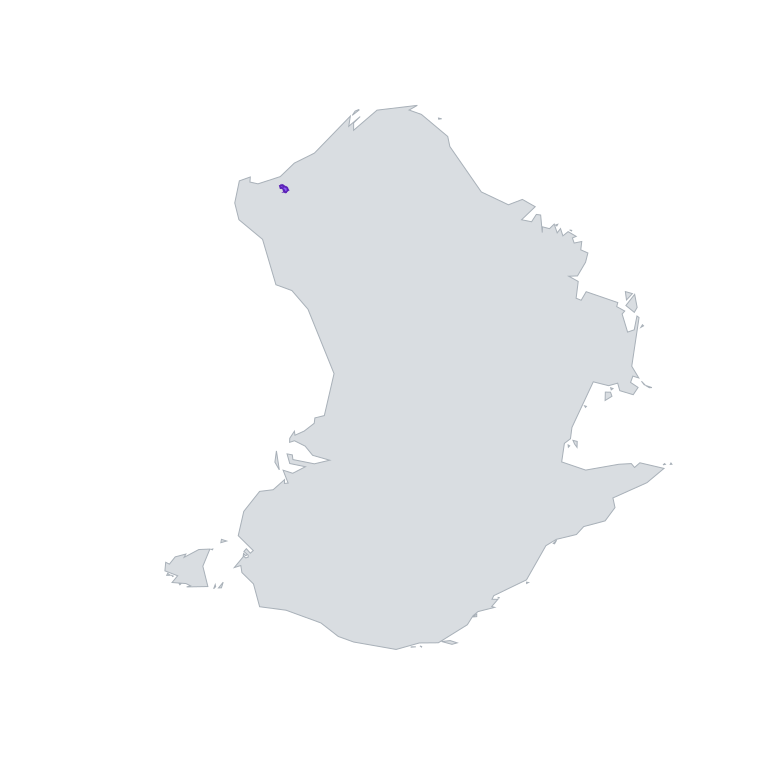 location of Northam, Western Australia, Australia, rotated 72°
{"feature_id": "25037944B49536287471778", "entity_name": "Northam", "entity_type": "district", "adm_level": 2, "iso_a3": "AUS", "parent_name": "Australia", "parent_adm1": "Western Australia", "projection": "orthographic", "projection_center": [116.616, -31.699], "detail": "medium", "context": "in_parent", "style": "filled", "palette": "violet", "viewbox_px": 768, "rotation_deg": 72, "n_neighbors": 0, "source": "geoboundaries", "source_scale": "gbopen_adm2", "svg_char_len": 4970}
<svg xmlns="http://www.w3.org/2000/svg" viewBox="0 0 768 768"><g transform="rotate(72 384 384)"><path d="M559.1,164.4L563.1,201.5L572.9,202.5L582.5,216.0L581.3,238.1L586.6,247.5L585.0,268.1L587.8,280.0L614.3,309.0L619.2,345.0L622.1,347.8L624.0,342.3L628.9,350.3L630.6,347.8L629.5,365.0L632.0,371.1L638.7,379.1L646.9,412.3L641.2,430.4L640.2,454.5L620.0,492.6L610.0,505.5L591.8,517.8L568.9,547.0L557.4,571.1L533.8,569.9L519.4,577.4L512.4,576.3L512.3,583.1L504.5,570.8L506.7,569.2L506.7,566.7L504.8,566.1L500.0,569.0L498.1,565.8L503.6,563.4L502.0,559.8L483.2,569.5L461.8,556.7L447.7,535.5L450.3,522.1L444.2,508.1L447.8,509.4L448.6,505.8L434.8,506.6L440.7,498.4L438.4,484.3L430.5,498.2L420.5,497.8L423.1,493.1L427.7,494.0L438.4,474.9L439.7,459.2L429.8,473.9L418.7,478.2L410.3,486.7L410.3,491.8L406.5,490.4L401.2,483.8L405.2,484.5L404.1,474.4L399.8,462.5L394.9,460.2L395.6,450.5L358.7,428.3L289.4,433.2L266.7,442.7L256.2,456.1L208.9,454.8L182.9,471.2L165.7,470.0L146.1,458.8L145.8,447.2L150.5,449.1L154.7,442.0L154.7,418.6L146.2,401.0L142.9,378.8L118.8,333.2L128.0,337.9L122.3,324.0L126.3,332.2L133.3,334.5L121.4,306.0L129.3,266.2L131.2,275.5L139.2,265.1L168.3,246.9L178.5,248.0L231.4,232.1L252.0,210.3L251.2,195.4L262.1,185.4L270.3,202.4L275.3,193.5L269.8,186.7L271.7,182.8L288.9,186.7L283.5,184.7L287.4,178.6L284.5,172.7L293.8,172.6L290.7,168.1L298.4,168.1L296.0,161.8L303.0,155.6L303.3,159.7L308.7,159.6L309.6,151.9L317.2,155.4L322.4,149.6L330.5,154.7L341.0,166.6L338.6,175.0L346.5,167.6L361.8,174.8L365.3,170.6L358.7,163.2L378.8,136.5L382.3,138.8L389.0,132.5L391.0,135.9L409.9,136.3L409.8,129.3L397.5,122.4L399.6,120.9L443.7,142.9L457.0,139.8L453.4,144.9L458.7,149.0L465.8,143.4L471.2,150.3L463.2,161.8L455.4,161.5L455.0,170.9L446.6,184.3L483.4,218.7L493.7,223.6L496.2,230.8L513.0,239.1L528.2,218.8L532.9,185.5L536.1,173.4L540.8,171.5L538.0,165.0L550.8,143.8L559.1,164.4ZM487.2,600.6L501.3,612.6L522.2,614.1L516.0,634.4L516.1,630.4L512.6,634.0L507.3,646.9L502.6,639.5L494.0,650.1L486.1,646.7L489.0,643.8L483.9,636.0L484.5,625.0L487.1,627.7L484.2,611.3L487.2,600.6ZM376.2,117.9L389.4,119.6L393.2,123.8L384.1,129.7L376.2,117.9ZM414.4,507.0L433.3,510.1L424.6,511.9L414.4,507.0ZM466.1,171.0L468.0,178.8L460.1,176.0L461.8,171.1L466.1,171.0ZM646.7,408.8L648.5,400.3L652.8,394.4L652.6,399.8L646.7,408.8ZM522.8,598.2L527.6,601.6L526.8,604.4L522.8,598.2ZM374.8,119.8L379.0,127.4L370.7,125.9L374.8,119.8ZM484.5,588.2L481.5,586.6L484.7,582.2L484.5,588.2ZM503.9,220.0L499.9,221.3L496.0,221.7L498.3,218.0L503.9,220.0ZM118.7,331.2L115.5,327.1L115.2,323.2L115.7,323.0L118.7,331.2ZM524.7,606.7L526.1,609.3L522.6,606.5L524.7,606.7ZM631.5,366.9L633.9,367.7L633.0,371.4L631.5,366.9ZM585.9,268.1L588.7,271.2L587.9,272.3L585.9,268.1ZM499.8,646.5L498.8,649.8L497.2,648.2L499.8,646.5ZM643.8,434.9L642.7,439.5L642.4,439.4L643.8,434.9ZM409.5,122.2L407.5,119.9L408.9,119.2L409.5,122.2ZM469.5,132.8L466.1,135.8L470.2,130.3L469.5,132.8ZM645.8,429.6L644.2,430.7L645.4,429.3L645.8,429.6ZM468.5,199.6L466.7,200.0L467.8,198.4L468.5,199.6ZM459.8,169.7L457.6,169.6L459.1,167.6L459.8,169.7ZM149.6,247.2L149.0,250.2L147.9,250.0L149.6,247.2ZM547.4,141.2L547.1,143.6L546.4,141.7L547.4,141.2ZM504.4,567.3L504.4,568.9L503.9,568.3L504.4,567.3ZM465.3,136.7L460.9,138.3L465.4,136.1L465.3,136.7ZM296.4,158.3L294.8,159.9L295.9,158.0L296.4,158.3ZM501.8,644.5L500.6,644.9L501.6,643.8L501.8,644.5ZM501.1,228.2L498.8,227.7L500.2,226.5L501.1,228.2ZM287.1,170.8L285.8,171.7L285.8,169.4L287.1,170.8ZM511.9,640.2L510.2,640.6L511.3,639.0L511.9,640.2ZM549.3,135.0L548.9,136.6L547.8,135.5L549.3,135.0ZM503.0,569.1L504.0,571.0L501.7,569.9L503.0,569.1ZM617.8,310.0L616.5,309.7L617.4,307.9L617.8,310.0ZM622.9,341.6L622.2,341.4L623.0,340.0L622.9,341.6ZM488.7,598.3L487.9,599.4L488.0,597.8L488.7,598.3Z" fill="#d9dde1" stroke="#a8b0b8" stroke-width="1"/><path d="M170.1,415.3L169.8,415.5L169.6,415.3L169.2,415.5L169.2,415.4L168.9,415.6L168.7,415.5L168.6,415.3L168.1,415.5L168.0,415.4L167.8,415.5L167.7,415.3L167.4,415.4L166.7,415.7L166.6,415.8L166.7,416.0L166.7,416.3L166.4,416.4L166.5,416.6L165.3,417.3L165.5,417.7L165.2,417.9L165.4,418.0L165.6,418.4L165.3,418.4L165.1,418.6L164.9,418.3L164.6,418.4L164.4,418.2L164.3,418.3L164.4,418.7L163.7,418.7L163.7,418.8L163.4,418.8L163.4,419.4L163.2,419.5L163.3,419.6L163.3,419.8L163.5,419.9L163.4,420.0L163.2,420.3L163.3,420.3L163.5,420.3L163.5,420.5L163.5,420.8L163.4,421.1L163.3,421.9L165.7,422.0L165.7,421.9L166.1,421.5L166.0,421.3L165.8,421.1L165.6,420.8L165.6,420.7L165.7,420.4L165.9,420.3L166.3,420.3L166.7,420.2L168.7,419.1L168.8,419.3L168.9,419.1L169.0,419.1L169.2,419.3L169.5,419.1L169.7,419.5L170.1,419.3L170.2,419.5L170.2,419.4L170.3,419.7L170.4,419.2L171.0,418.9L170.9,418.7L170.8,418.8L170.8,418.6L171.2,418.5L171.3,418.8L171.4,418.7L171.5,418.4L171.5,418.2L171.3,418.3L171.3,418.2L171.2,417.9L171.3,417.8L171.2,417.7L170.9,417.2L170.5,416.5L170.6,416.4L170.4,416.0L170.2,416.1L170.0,415.9L170.1,415.6L170.1,415.3Z" fill="#8b5cf6" stroke="#5b21b6" stroke-width="1.5"/></g></svg>